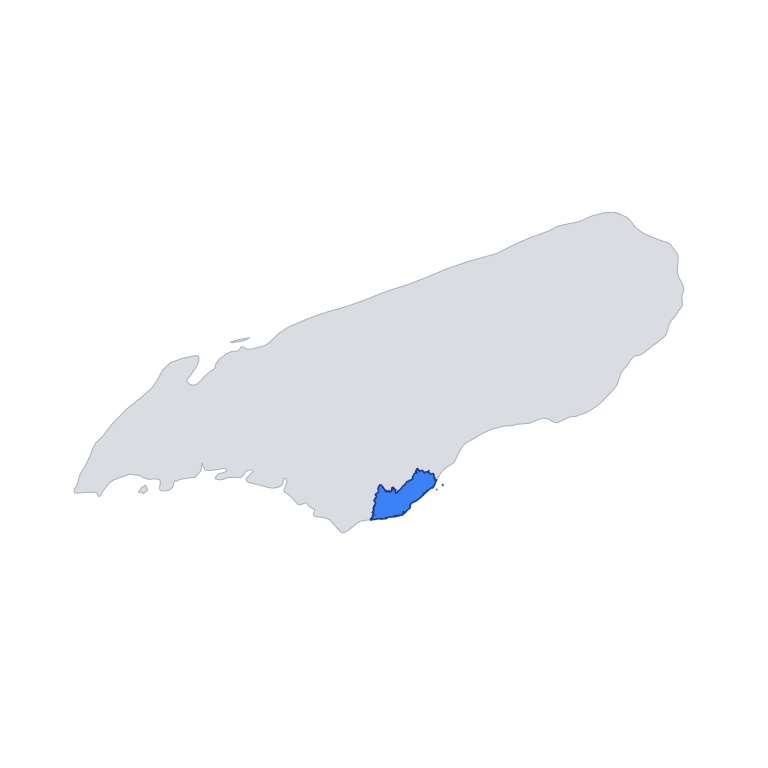 Maintirano, Melaky, Madagascar shown in context, rotated 234°
{"feature_id": "10022922B40533998311047", "entity_name": "Maintirano", "entity_type": "district", "adm_level": 2, "iso_a3": "MDG", "parent_name": "Madagascar", "parent_adm1": "Melaky", "projection": "natural_earth1", "projection_center": [44.435, -17.734], "detail": "fine", "context": "in_parent", "style": "filled", "palette": "blue", "viewbox_px": 768, "rotation_deg": 234, "n_neighbors": 0, "source": "geoboundaries", "source_scale": "gbopen_adm2", "svg_char_len": 9100}
<svg xmlns="http://www.w3.org/2000/svg" viewBox="0 0 768 768"><g transform="rotate(234 384 384)"><path d="M490.2,86.4L492.0,91.3L494.1,96.0L500.7,107.2L503.5,111.6L505.9,116.2L507.0,125.4L511.2,139.6L515.0,161.1L516.1,183.1L517.2,193.3L520.3,202.8L525.3,212.7L526.8,223.6L523.6,234.9L519.1,245.6L517.9,247.6L515.8,250.4L514.8,250.2L511.3,247.5L508.4,243.0L504.7,232.4L503.4,227.0L501.9,226.1L497.5,226.6L494.4,230.0L493.8,232.1L494.4,238.0L495.6,243.4L496.1,248.9L496.1,255.8L497.3,257.8L499.0,259.6L500.7,264.1L501.0,274.8L499.8,280.2L496.7,284.9L496.9,287.5L498.0,290.1L496.9,291.7L492.8,293.7L491.2,295.5L488.9,300.2L485.3,309.9L484.8,314.8L486.9,329.8L486.2,340.5L481.5,360.9L478.9,370.5L475.1,382.1L469.3,397.3L463.6,416.4L458.7,436.1L455.1,447.9L451.1,459.6L445.5,480.2L440.7,501.1L433.7,524.1L424.1,549.8L423.1,553.2L421.0,566.3L418.9,577.7L416.3,588.9L410.9,607.6L410.2,613.3L409.0,618.8L403.8,630.5L401.7,634.9L400.1,639.5L399.2,645.3L397.7,651.0L393.9,661.4L388.3,670.3L384.6,673.6L376.4,678.3L372.3,679.3L363.1,679.4L354.2,682.1L345.0,687.2L336.1,693.2L332.7,696.0L328.9,697.6L317.2,697.9L313.7,696.7L301.9,686.9L297.4,685.3L288.8,684.0L286.2,683.1L283.8,681.9L280.3,676.8L273.4,672.5L271.7,671.1L270.7,668.1L270.0,664.9L268.2,661.4L266.8,654.6L264.6,649.8L258.2,641.4L257.5,638.7L256.9,629.8L257.1,623.7L256.5,612.6L257.2,607.4L259.5,602.8L258.5,597.7L256.1,592.3L255.2,586.8L253.5,581.8L246.7,572.8L245.2,568.3L244.1,563.7L241.5,549.3L241.2,544.3L241.5,533.7L242.5,528.3L244.1,524.5L244.5,521.7L245.5,519.3L247.1,517.3L248.2,515.0L250.7,501.5L253.9,498.5L258.6,496.7L262.4,493.2L264.5,488.4L266.7,478.6L272.7,468.8L274.8,463.7L279.6,456.0L283.8,445.1L285.1,439.9L286.1,434.7L287.2,423.1L288.0,417.4L287.8,411.7L285.4,405.8L279.5,395.2L279.3,393.3L279.8,385.4L279.3,379.7L277.2,374.0L274.4,368.6L271.7,358.6L270.4,342.1L270.6,336.1L269.8,330.8L267.9,325.7L269.3,316.9L286.7,284.9L287.3,281.1L286.6,271.3L286.9,265.6L287.6,263.5L288.9,262.3L291.9,261.7L306.0,260.3L307.8,259.3L311.4,256.6L316.2,251.4L318.4,249.9L320.4,250.4L321.6,252.7L323.2,253.9L328.9,251.5L331.1,251.5L333.3,251.8L334.3,249.7L335.0,246.8L335.8,244.7L337.3,243.5L344.7,242.9L349.4,242.1L355.5,240.0L356.8,240.4L361.6,247.8L363.1,248.4L365.0,248.7L366.7,247.4L362.7,243.5L362.1,241.3L362.3,238.9L364.5,233.6L368.1,229.6L376.0,223.5L384.2,216.4L386.6,215.9L388.6,217.0L390.1,225.4L389.9,226.7L391.3,226.9L392.8,225.9L394.2,222.5L394.2,219.7L393.1,217.0L392.6,214.8L392.6,212.7L396.7,207.8L400.0,203.0L401.6,197.4L402.9,194.8L406.4,191.9L407.4,192.4L408.2,194.8L408.6,197.3L407.7,199.8L406.5,202.2L405.9,205.5L407.9,206.1L409.7,205.3L412.4,199.4L415.5,193.8L417.4,190.9L419.7,188.8L423.5,189.2L427.2,190.5L421.2,184.6L419.7,176.4L427.0,162.4L427.0,159.4L428.1,158.5L428.6,157.4L424.9,152.7L424.2,150.3L424.7,146.7L426.5,143.6L428.1,141.3L430.4,140.5L432.2,141.7L436.2,145.6L438.9,146.2L442.2,142.5L444.9,137.8L449.0,134.6L453.5,132.6L460.5,125.2L465.1,109.8L465.5,105.3L464.5,99.9L462.9,94.7L460.3,88.2L461.0,86.8L464.8,87.7L466.1,86.8L470.2,81.0L477.1,70.1L479.3,70.1L481.3,72.1L482.0,75.1L483.3,77.3L487.9,82.6L490.2,86.4ZM442.5,129.7L442.5,131.4L437.3,130.7L436.5,124.9L439.0,124.7L439.6,122.3L441.2,122.0L442.8,127.2L442.5,129.7ZM504.7,294.2L500.2,302.7L501.5,295.6L506.7,285.3L508.2,284.5L504.7,294.2Z" fill="#d9dde1" stroke="#a8b0b8" stroke-width="1"/><path d="M281.7,293.3L281.4,293.8L281.1,294.8L280.5,296.1L280.1,296.3L279.9,297.1L279.6,297.4L278.4,300.2L278.0,300.4L277.3,301.9L276.3,303.4L275.9,303.6L275.9,303.1L275.2,304.2L274.7,305.6L274.9,305.5L274.0,306.0L273.8,307.4L274.6,306.5L274.8,306.9L274.8,307.2L274.6,307.2L274.5,306.9L274.1,307.3L273.9,308.4L273.4,309.7L273.5,309.9L273.0,310.9L272.6,311.4L272.9,310.5L270.9,313.9L270.8,314.9L270.9,315.1L271.2,315.1L271.3,314.4L271.6,314.3L271.4,314.5L271.3,315.1L270.9,315.3L270.8,315.6L270.7,315.1L270.3,314.6L270.1,315.0L269.5,316.8L269.5,317.2L269.3,317.8L269.2,317.3L268.9,317.8L267.6,321.3L267.3,321.6L268.3,322.7L268.2,323.5L268.7,323.9L268.5,324.3L269.1,324.4L269.1,324.5L269.0,324.8L269.2,324.6L269.3,324.8L269.0,325.0L269.1,324.5L268.7,324.5L268.4,324.3L268.6,323.9L268.0,323.6L268.1,322.8L267.5,322.2L267.3,322.2L267.3,322.5L267.4,323.6L267.3,324.2L267.8,327.5L268.3,328.8L268.2,329.0L268.3,330.5L268.4,331.1L268.2,331.6L268.3,332.0L268.6,332.5L269.1,333.0L269.6,333.2L270.2,333.2L270.4,333.4L271.0,334.3L271.6,336.3L271.4,338.7L270.9,339.1L270.7,340.2L270.7,340.3L271.4,340.6L270.8,340.6L270.5,341.1L270.8,342.9L270.7,343.4L270.6,342.1L270.6,346.9L270.9,348.6L271.1,349.2L270.9,349.1L270.9,349.7L271.3,350.4L271.3,350.9L271.6,351.1L271.2,351.1L271.0,350.3L270.9,350.1L271.6,352.5L272.2,352.5L272.6,352.3L272.3,352.6L271.9,352.6L271.7,352.9L271.5,352.6L271.8,353.9L271.8,355.1L272.1,356.1L272.4,356.0L272.3,356.6L272.6,356.5L272.7,356.8L273.0,356.9L272.7,356.9L272.3,356.6L271.9,356.1L272.1,357.7L272.1,360.5L272.0,361.6L271.8,361.8L272.1,362.6L272.3,362.5L272.1,362.7L272.0,362.3L271.8,362.3L271.8,363.4L272.3,363.7L272.5,363.5L272.2,364.0L271.7,363.6L271.9,364.2L272.5,364.8L272.2,364.9L272.8,366.1L274.7,368.5L274.8,369.3L275.5,370.4L275.4,369.8L275.4,369.6L275.7,369.8L275.7,370.0L275.8,370.1L276.1,369.7L276.4,369.6L276.6,369.4L276.6,369.2L276.7,369.3L276.8,369.1L276.9,369.3L276.9,369.0L276.9,369.3L277.3,369.4L277.7,369.2L278.0,369.4L278.0,369.6L278.4,369.8L278.6,370.1L278.9,369.9L278.9,369.7L279.8,369.7L280.6,370.4L280.8,370.8L281.3,370.9L281.4,371.2L281.9,371.4L282.7,371.2L283.1,370.1L283.2,369.6L283.7,368.8L284.1,368.6L284.4,368.5L284.9,368.7L285.5,368.7L286.0,368.4L286.1,368.1L286.3,368.5L286.5,368.6L286.6,368.4L287.4,369.2L287.5,368.2L288.3,365.7L288.1,364.8L288.5,364.4L288.7,364.5L288.8,364.3L289.1,364.2L289.6,364.3L289.6,364.6L290.1,364.4L290.2,364.5L291.1,364.4L291.8,364.2L291.7,363.9L291.8,363.3L292.1,362.9L292.0,362.3L292.1,361.7L293.1,361.8L293.7,361.0L294.2,361.6L294.8,361.3L295.0,360.9L295.7,361.6L295.8,361.6L296.0,361.1L295.9,360.7L296.1,360.4L295.6,360.1L295.0,359.1L295.0,358.3L294.2,357.9L294.0,358.3L292.9,358.5L293.0,357.4L293.3,356.5L293.8,356.1L293.5,355.2L292.3,353.5L292.4,353.2L292.0,352.4L291.5,352.0L291.2,352.1L291.0,351.9L290.7,352.0L290.4,351.5L290.6,351.0L290.6,350.4L290.3,349.2L290.6,349.2L290.6,348.7L291.0,348.2L291.1,347.6L290.8,347.3L290.9,346.8L290.7,346.5L291.1,346.0L291.5,345.8L291.6,345.1L291.4,344.4L291.2,344.1L291.2,343.8L290.5,343.3L290.8,342.6L290.7,342.2L290.2,341.4L289.9,341.2L289.9,340.8L290.3,340.8L290.4,340.6L290.1,340.2L290.3,339.7L290.1,337.8L290.0,337.5L289.6,337.3L289.5,337.0L289.3,336.7L289.3,336.2L289.2,336.0L288.9,334.0L289.0,333.7L289.0,333.3L289.1,333.0L289.3,332.9L288.9,332.0L288.8,331.2L288.5,331.2L288.5,330.9L288.3,330.8L288.6,329.6L288.8,329.3L289.9,329.4L289.9,329.7L290.2,330.1L290.9,330.6L291.4,330.7L291.4,331.2L291.6,331.4L292.0,331.2L292.3,330.8L292.4,330.2L293.0,329.9L293.1,330.0L293.3,329.8L293.7,330.1L293.6,330.7L293.9,330.6L294.0,330.8L294.6,331.0L295.2,330.5L295.0,329.9L295.4,329.7L295.3,329.3L295.0,328.9L294.3,328.9L294.2,328.2L293.4,327.7L293.7,327.4L293.6,327.2L293.2,327.2L292.8,326.9L293.1,326.3L293.0,325.8L293.2,325.6L293.2,325.9L293.4,325.9L293.4,325.6L293.5,325.5L293.4,324.9L293.9,325.0L294.0,324.8L293.9,324.8L294.1,324.6L294.2,324.9L294.4,324.8L294.6,324.9L294.5,324.6L294.6,324.3L294.8,324.1L294.9,323.8L295.1,323.8L295.2,324.0L295.5,323.9L295.3,323.1L295.3,322.5L295.5,322.3L296.1,322.4L296.7,323.0L296.9,322.8L296.8,322.6L297.2,322.6L297.2,322.2L297.7,322.6L299.0,322.3L299.7,322.6L300.2,322.3L300.8,322.7L301.4,322.2L301.8,322.5L302.7,322.2L303.3,322.5L303.5,322.1L304.1,322.1L304.8,321.3L304.6,320.8L304.6,320.2L303.8,319.0L303.6,318.4L303.3,318.1L302.9,317.5L302.4,317.3L302.2,317.6L301.5,316.9L301.1,316.9L299.9,316.2L299.9,315.9L299.7,315.2L299.9,314.6L299.8,314.4L300.0,313.2L299.9,312.8L299.6,312.7L299.6,312.3L299.6,312.1L299.3,311.9L299.2,312.2L298.5,312.0L298.4,312.1L298.3,311.9L297.9,312.0L297.0,311.7L297.0,311.3L296.9,310.7L296.6,310.4L296.8,309.8L296.1,309.7L296.2,309.3L296.3,309.1L295.8,308.2L295.9,307.9L295.6,307.3L295.3,307.6L295.0,307.3L294.7,307.4L294.6,307.6L293.9,307.5L293.7,307.3L293.5,307.5L293.0,307.2L292.5,307.2L292.5,306.8L291.6,305.8L291.7,305.4L291.4,305.1L291.0,305.1L291.1,304.7L291.0,304.4L291.2,304.1L290.8,303.9L291.0,303.9L290.9,303.7L290.6,303.6L290.4,303.2L290.2,303.6L289.7,303.0L289.4,302.7L289.6,302.6L289.6,302.4L289.4,302.4L289.3,301.9L288.8,301.7L288.2,301.8L288.2,301.5L287.9,301.3L287.7,301.3L287.7,300.5L287.4,300.3L287.3,300.0L287.0,300.2L287.1,299.7L287.0,299.3L286.8,299.6L286.4,299.4L286.3,299.6L286.0,299.2L285.7,299.5L285.8,299.6L285.7,299.7L285.2,299.4L285.1,299.2L285.3,299.3L285.3,299.2L285.0,298.9L284.4,299.0L284.6,298.8L284.3,298.6L284.3,298.2L283.9,297.7L283.8,297.3L283.8,297.1L284.1,297.1L283.8,296.8L283.5,297.0L283.4,296.8L282.9,296.7L282.9,296.1L282.7,295.8L283.0,295.6L283.0,295.3L282.5,294.9L282.6,294.3L282.3,294.3L282.3,294.0L282.5,293.9L282.0,293.7L282.1,293.4L281.7,293.3ZM267.9,372.4L267.9,372.0L267.5,372.1L267.7,372.3L267.9,372.4ZM267.6,364.6L267.7,364.4L267.7,364.1L267.5,364.5L267.6,364.6Z" fill="#3b82f6" stroke="#1e3a8a" stroke-width="1.5"/></g></svg>